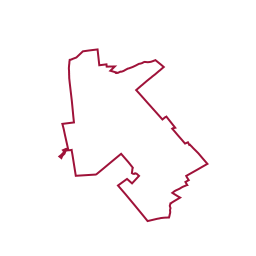 outline of Lupsanu, Calarasi, Romania, rotated 39°
{"feature_id": "2599482B13609226917732", "entity_name": "Lupsanu", "entity_type": "district", "adm_level": 2, "iso_a3": "ROU", "parent_name": "Romania", "parent_adm1": "Calarasi", "projection": "natural_earth1", "projection_center": [26.944, 44.379], "detail": "fine", "context": "isolated", "style": "outline", "palette": "rose", "viewbox_px": 256, "rotation_deg": 39, "n_neighbors": 0, "source": "geoboundaries", "source_scale": "gbopen_adm2", "svg_char_len": 3134}
<svg xmlns="http://www.w3.org/2000/svg" viewBox="0 0 256 256"><g transform="rotate(39 128 128)"><path d="M201.8,188.0L207.9,180.1L209.4,178.4L209.5,178.2L210.4,177.1L210.5,177.0L212.4,175.1L213.7,173.9L215.1,172.7L216.2,171.8L215.7,170.6L214.8,168.8L214.2,167.5L213.6,166.6L212.7,165.8L212.0,164.8L211.5,163.6L211.0,163.2L210.1,162.7L209.4,162.1L209.1,161.3L208.7,160.4L208.4,159.8L208.9,159.2L208.9,158.7L209.0,158.4L209.2,157.8L209.9,155.8L210.6,153.9L212.1,149.9L212.3,149.3L209.8,149.7L204.3,150.4L203.3,150.5L203.6,149.3L203.9,147.8L204.3,146.9L204.6,146.1L205.0,145.3L205.3,144.8L205.7,143.9L206.1,143.1L206.4,142.4L206.7,141.5L207.0,140.6L207.4,139.7L207.8,138.8L208.3,137.9L209.0,136.7L209.5,135.6L209.7,135.3L209.9,135.1L206.6,133.8L208.0,130.3L206.9,130.0L206.5,129.8L204.7,129.2L203.4,128.6L206.8,120.0L208.3,116.2L210.6,110.2L212.1,106.4L212.3,105.9L205.5,104.7L198.7,103.4L197.9,103.3L194.3,102.9L193.0,102.8L192.1,102.7L190.4,102.5L189.4,102.3L189.1,102.3L188.0,102.2L186.6,102.0L186.3,102.6L183.6,101.4L182.1,104.2L176.7,103.2L171.5,102.3L163.0,100.7L162.8,100.7L162.9,100.2L163.1,99.9L164.5,98.1L150.7,95.0L150.6,95.5L150.2,95.9L149.4,99.7L127.2,96.1L115.8,94.2L110.5,93.4L110.7,92.3L110.8,91.6L111.7,86.6L112.0,85.3L112.2,84.1L112.3,83.4L112.4,83.0L112.7,81.4L112.9,80.2L113.2,78.8L113.7,76.4L114.1,74.7L114.4,73.3L114.4,73.2L114.4,72.9L114.5,72.6L115.0,70.5L115.3,69.3L116.3,63.8L116.5,63.2L116.6,62.5L116.9,60.8L117.1,59.7L117.4,58.1L114.0,58.0L110.5,58.0L106.6,58.0L106.3,58.6L106.1,58.9L105.9,59.2L105.3,60.3L104.3,61.9L103.3,63.1L101.9,64.5L100.5,65.4L99.3,66.2L98.6,67.3L98.5,67.7L98.2,68.5L97.3,69.9L96.1,71.3L95.8,72.0L94.7,74.6L93.2,77.7L91.1,81.2L90.5,81.9L90.2,82.6L89.4,84.5L88.8,86.1L88.4,86.9L87.9,87.7L87.5,88.3L87.1,88.7L86.9,88.9L86.6,89.0L85.4,91.6L85.2,91.7L84.7,92.2L84.4,92.6L83.9,92.9L83.6,92.9L83.4,92.8L83.5,92.4L78.3,94.6L79.0,88.5L72.8,93.7L71.2,92.1L66.2,97.3L54.9,86.1L49.1,92.1L44.7,96.8L44.4,99.1L43.5,105.7L41.1,109.8L41.1,110.1L40.8,110.5L40.5,111.0L40.1,111.3L39.9,111.5L39.8,111.8L40.3,112.5L40.7,113.3L41.0,113.7L42.0,115.1L42.4,115.8L43.0,116.7L43.7,117.7L44.3,118.6L44.9,119.3L46.5,121.0L47.2,121.9L47.5,122.2L47.8,122.5L48.3,123.2L49.3,124.3L49.9,125.0L50.4,125.6L50.6,125.8L50.7,126.0L50.9,126.2L51.7,127.0L53.8,129.1L58.7,133.9L67.2,142.2L73.4,148.5L77.9,153.1L82.5,157.7L74.4,166.1L75.2,166.7L76.7,167.8L78.2,168.9L79.6,170.0L82.9,172.7L85.3,174.6L91.1,179.2L94.6,182.0L94.0,182.4L93.4,182.9L93.0,183.2L92.8,183.6L91.5,186.1L92.3,186.2L92.9,186.8L93.2,187.2L93.4,187.9L93.2,190.0L93.1,191.1L92.6,193.3L95.1,193.3L94.8,192.3L94.6,191.4L94.5,190.4L94.8,188.0L94.2,186.1L93.8,185.0L95.4,183.0L96.0,182.6L96.8,181.8L97.7,180.9L98.0,180.5L98.7,181.2L101.5,183.6L117.5,198.0L132.1,184.6L132.4,184.2L132.6,183.7L134.4,174.9L136.6,163.7L138.9,152.4L149.8,154.3L155.7,155.6L156.8,155.9L157.2,157.2L157.8,157.9L158.0,158.3L159.4,160.6L160.3,160.5L160.9,160.3L161.5,159.9L161.7,159.6L162.0,159.4L162.0,158.7L163.5,158.1L166.7,158.3L166.0,168.5L159.3,168.2L156.4,179.0L168.0,181.1L182.1,183.9L194.3,186.4L200.0,187.6L201.8,188.0Z" fill="none" stroke="#9f1239" stroke-width="2"/></g></svg>